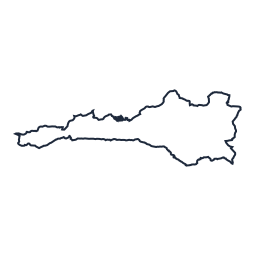 the district of Bunila, Hunedoara, Romania
{"feature_id": "2599482B98386193513706", "entity_name": "Bunila", "entity_type": "district", "adm_level": 2, "iso_a3": "ROU", "parent_name": "Romania", "parent_adm1": "Hunedoara", "projection": "equal_earth", "projection_center": [22.627, 45.695], "detail": "fine", "context": "isolated", "style": "outline", "palette": "slate", "viewbox_px": 256, "rotation_deg": 0, "n_neighbors": 0, "source": "geoboundaries", "source_scale": "gbopen_adm2", "svg_char_len": 5880}
<svg xmlns="http://www.w3.org/2000/svg" viewBox="0 0 256 256"><path d="M212.1,160.7L213.9,159.7L214.4,158.8L216.3,158.7L217.0,158.9L217.3,159.2L218.1,158.8L218.7,158.8L221.2,158.3L222.6,157.6L223.5,157.4L224.1,157.6L224.3,158.2L225.8,158.5L226.2,159.3L228.2,160.6L230.0,161.5L231.6,163.3L232.5,163.7L232.8,162.6L232.1,159.7L232.7,158.5L233.3,158.0L234.1,156.2L234.9,155.1L235.2,154.2L235.1,152.8L231.0,148.4L232.3,147.0L230.1,146.5L228.1,145.2L226.1,142.6L225.5,141.0L227.3,140.9L229.3,140.4L231.8,140.1L231.8,139.9L232.4,139.5L232.5,139.3L232.3,138.8L234.4,137.4L234.7,137.1L234.7,134.6L235.3,132.5L236.0,131.6L236.0,130.3L235.2,128.6L235.0,127.5L234.9,126.2L233.1,123.9L232.7,121.5L234.9,118.9L235.1,118.4L236.4,117.1L236.6,116.2L237.3,115.4L237.3,114.6L237.6,114.2L238.0,112.9L238.8,111.3L239.2,110.7L240.1,110.1L240.6,109.7L240.6,108.8L240.3,108.2L240.5,107.5L240.1,107.0L239.4,106.7L238.0,106.5L232.9,106.2L231.3,106.5L227.5,104.9L227.4,104.7L227.4,103.6L226.7,102.9L227.1,102.3L227.6,102.4L228.1,102.2L227.8,101.5L228.2,101.3L228.1,100.7L228.7,99.5L228.6,98.9L228.9,98.5L229.0,97.6L229.3,96.9L229.4,95.2L227.8,95.0L227.3,94.5L223.3,93.5L221.2,92.4L220.8,92.7L220.1,92.7L218.9,92.4L218.1,92.6L217.0,92.2L215.0,92.3L214.4,92.2L213.6,92.7L212.7,92.7L212.3,93.4L211.5,93.5L211.4,93.8L210.7,94.2L210.0,95.1L209.6,95.2L209.1,95.9L208.1,96.6L208.4,97.7L208.8,98.4L209.0,101.9L208.9,102.4L207.3,104.5L206.5,105.1L203.2,105.6L202.1,105.2L199.1,104.9L198.5,105.1L197.3,106.0L196.8,105.7L193.5,105.4L193.4,105.0L192.2,104.3L191.6,104.3L191.0,104.8L189.9,105.2L189.7,103.5L189.7,101.6L189.4,101.0L187.8,100.7L187.3,100.9L186.5,100.6L184.6,99.4L183.2,99.0L182.9,98.6L182.1,98.3L179.7,98.0L179.7,97.5L179.0,96.1L178.7,94.8L177.4,94.0L176.6,92.1L176.0,91.2L174.9,90.5L174.3,90.4L173.5,91.0L170.0,91.3L168.0,92.9L165.0,96.7L164.4,97.3L163.8,98.2L163.6,98.6L163.8,99.7L163.6,100.4L163.7,101.6L163.1,102.7L162.2,103.6L161.9,104.1L158.6,106.0L157.3,106.2L155.0,107.0L152.7,106.4L149.7,107.1L148.6,106.9L148.0,106.5L146.4,106.6L145.6,107.1L144.6,108.3L141.4,110.1L140.2,111.0L139.6,112.9L140.2,114.1L138.3,115.0L137.7,115.6L136.3,116.1L133.5,117.8L132.8,118.3L131.5,119.7L129.3,120.9L129.1,120.3L129.4,120.2L129.5,119.9L129.1,119.7L127.6,120.0L127.3,119.2L127.2,118.1L126.3,118.1L125.9,117.8L125.5,118.1L125.7,119.0L125.4,119.8L124.8,119.9L124.0,119.6L123.4,119.8L122.6,119.8L122.6,120.2L122.4,120.4L118.0,120.7L118.2,120.4L118.8,120.2L119.5,119.2L119.5,118.7L120.1,118.5L120.1,118.2L120.9,118.5L121.8,118.2L122.4,118.5L122.9,118.5L122.3,117.3L121.0,115.9L120.2,117.0L119.5,117.3L119.2,116.7L118.5,116.9L118.9,117.8L118.8,118.5L118.7,118.7L118.2,118.7L116.8,119.4L116.3,119.4L116.1,119.6L116.2,119.8L115.1,119.1L115.5,118.9L116.4,118.7L116.6,117.3L115.3,117.0L115.3,118.1L114.7,118.2L114.1,118.1L112.7,116.1L111.9,116.0L111.2,114.5L111.1,114.4L108.8,114.6L108.1,115.3L105.8,116.2L104.7,116.9L103.8,117.9L103.5,118.7L102.6,119.3L101.0,119.4L98.7,119.9L98.2,119.5L97.3,118.3L96.0,117.8L93.7,117.7L93.3,117.4L93.3,116.7L93.8,116.4L94.1,115.5L93.7,115.0L93.3,113.7L92.8,111.1L93.0,110.6L92.5,110.8L91.2,112.8L88.3,114.0L86.2,115.3L82.8,115.9L82.1,115.5L80.7,114.4L80.1,114.8L78.4,115.3L76.5,116.1L75.6,116.3L74.2,116.0L74.5,116.9L74.5,117.6L74.2,118.5L73.6,119.3L72.7,120.2L70.1,120.8L69.1,121.5L68.3,122.9L67.7,124.9L67.5,126.2L64.3,129.6L62.7,129.6L62.1,129.5L62.8,127.2L61.0,127.1L59.6,127.6L59.0,127.1L57.9,127.4L56.7,127.2L55.4,126.5L52.1,126.4L49.2,126.7L47.4,126.6L46.4,125.9L44.9,125.7L42.3,126.7L41.0,126.5L40.0,126.7L38.7,127.5L37.5,130.6L36.1,131.2L35.1,130.8L34.2,131.0L31.9,130.8L30.8,131.2L30.5,131.4L30.2,132.0L29.8,132.2L28.1,132.2L26.9,131.8L26.6,132.0L26.4,132.9L25.8,133.6L24.1,134.5L23.3,134.6L21.9,134.5L18.7,133.4L16.0,133.5L15.4,133.8L18.1,134.9L19.7,136.0L19.3,136.9L19.3,137.9L18.9,139.6L19.2,141.5L18.9,142.1L18.4,142.6L18.1,143.1L18.5,144.0L19.9,145.0L21.8,145.8L24.2,145.7L24.4,145.6L24.8,144.9L26.0,145.2L26.8,144.8L28.0,143.6L28.8,143.5L29.4,143.7L30.3,145.0L31.0,145.4L35.1,145.6L36.2,146.6L39.1,148.1L41.2,147.0L42.9,146.3L43.5,145.8L45.1,145.7L47.2,145.1L49.8,143.2L51.2,142.7L56.0,139.5L56.6,139.5L57.6,138.8L58.9,138.6L60.0,138.7L60.7,138.2L62.8,137.6L63.6,137.1L64.4,137.5L64.6,138.0L64.9,138.2L66.1,138.5L68.5,137.4L69.1,136.7L69.3,136.0L69.6,135.9L70.9,137.8L70.6,138.8L72.1,139.8L72.3,140.3L75.8,139.7L77.6,138.5L80.4,138.6L81.2,138.5L83.1,138.7L84.9,138.4L88.8,138.8L93.1,138.7L95.5,139.1L96.8,138.8L99.3,138.9L101.5,139.3L103.1,139.0L104.7,139.4L105.6,140.2L107.1,139.6L108.6,139.8L109.6,139.7L110.0,139.8L110.4,140.4L110.6,140.5L111.9,139.8L114.0,139.0L115.9,139.3L116.3,139.8L117.1,139.9L119.4,139.7L121.1,140.0L123.3,139.9L125.0,140.0L125.6,140.3L126.9,140.3L129.2,139.8L130.4,140.1L131.7,140.0L133.2,140.4L134.2,140.0L134.9,139.5L137.9,139.0L139.3,140.0L139.8,141.1L140.8,141.7L143.6,142.4L144.7,142.5L145.2,143.0L146.3,143.4L146.5,143.8L147.0,144.1L149.5,144.7L151.1,145.9L151.9,146.2L156.2,147.0L157.3,146.7L158.9,146.8L160.0,146.5L161.1,146.7L163.3,146.4L164.4,146.6L164.7,147.0L166.6,148.0L167.0,149.3L167.6,149.7L168.0,150.4L168.9,150.6L169.1,151.4L169.8,151.5L170.6,152.3L170.9,152.8L170.8,153.8L171.2,154.6L173.7,155.1L174.4,155.9L174.4,156.4L173.5,156.9L173.6,157.4L174.2,157.6L175.1,157.4L175.6,157.9L175.7,158.3L176.2,158.7L176.7,158.8L177.1,159.2L178.5,159.6L179.4,160.6L180.3,161.0L180.8,161.5L181.6,161.7L183.3,163.1L185.5,164.2L185.7,164.4L185.5,164.7L185.6,165.1L186.5,165.6L188.0,165.3L189.2,165.3L190.1,165.0L190.8,165.1L191.4,164.6L193.2,164.4L194.7,164.5L196.0,164.2L196.3,164.0L196.5,163.5L197.2,163.1L197.1,162.5L197.2,162.0L197.1,161.2L197.3,160.6L198.1,159.8L198.5,159.5L199.1,159.7L199.8,159.3L200.5,159.2L200.6,158.9L200.4,158.3L200.7,157.9L201.7,158.2L202.8,158.1L203.8,157.3L206.3,157.3L208.2,156.9L208.6,157.5L209.5,158.0L210.5,159.0L210.7,160.3L211.4,160.7L212.1,160.7Z" fill="none" stroke="#1e293b" stroke-width="2"/></svg>